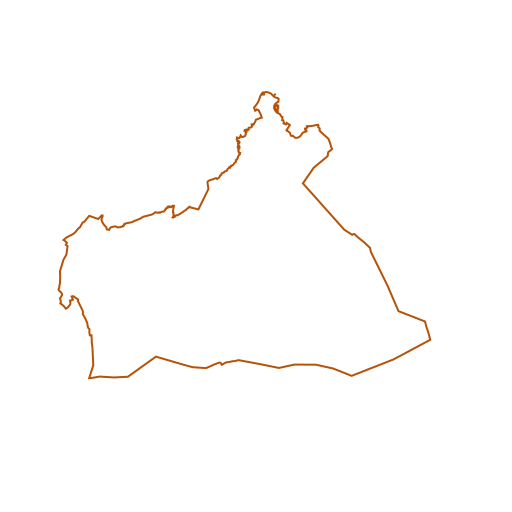 the district of Melhus nor, Sør-Trøndelag, Norway, rotated 15°
{"feature_id": "86288312B97150685823203", "entity_name": "Melhus nor", "entity_type": "district", "adm_level": 2, "iso_a3": "NOR", "parent_name": "Norway", "parent_adm1": "Sør-Trøndelag", "projection": "albers", "projection_center": [10.176, 63.18], "detail": "fine", "context": "isolated", "style": "outline", "palette": "amber", "viewbox_px": 512, "rotation_deg": 15, "n_neighbors": 0, "source": "geoboundaries", "source_scale": "gbopen_adm2", "svg_char_len": 5997}
<svg xmlns="http://www.w3.org/2000/svg" viewBox="0 0 512 512"><g transform="rotate(15 256 256)"><path d="M66.0,290.3L66.7,290.5L70.0,292.2L69.8,292.6L69.4,294.5L71.4,295.2L72.5,303.7L71.0,309.3L70.6,321.5L72.3,326.9L73.8,333.6L73.7,335.6L74.1,336.9L74.1,337.8L73.8,339.3L74.4,340.1L77.6,341.9L77.8,342.3L78.8,343.5L78.8,344.0L78.2,346.1L77.6,347.7L79.1,349.9L79.5,351.6L79.2,352.4L79.4,352.6L81.1,353.0L83.7,354.4L85.9,356.1L86.9,355.2L87.8,354.0L89.1,350.8L88.7,348.8L87.9,347.2L89.0,346.8L90.5,345.5L89.8,344.8L89.0,343.5L88.4,342.8L89.8,342.1L93.7,343.5L94.9,343.7L95.4,344.1L95.7,344.9L95.6,345.7L96.7,346.7L98.7,349.1L102.1,352.9L103.1,354.4L103.5,355.3L103.6,356.8L107.5,360.8L108.6,362.3L110.0,363.8L112.0,368.1L112.7,369.0L114.0,369.7L114.4,370.8L114.6,372.4L116.0,375.6L117.6,375.1L120.2,383.2L121.1,385.1L122.0,387.7L127.1,403.7L126.5,417.2L127.3,417.0L136.3,412.9L150.1,410.1L163.5,405.8L185.4,379.1L214.7,379.8L223.6,379.8L234.9,377.6L237.0,377.0L241.5,373.5L243.0,372.1L248.2,368.4L249.4,368.4L250.0,368.7L251.0,370.0L254.4,366.7L259.8,364.2L260.2,363.8L262.3,363.2L266.1,361.1L287.6,359.4L307.1,358.2L321.3,350.9L342.0,345.5L359.4,344.7L379.4,347.0L415.6,320.3L446.0,291.8L442.3,285.4L438.9,280.3L436.2,275.5L407.9,272.4L390.8,250.7L365.8,222.2L364.1,218.7L356.6,214.6L349.0,211.3L345.4,209.3L343.7,210.2L343.4,210.6L334.5,207.8L282.5,173.7L288.9,155.8L299.3,141.1L298.9,136.9L300.3,135.2L301.8,132.9L300.1,130.9L299.9,130.4L298.5,128.0L295.6,124.0L288.2,120.3L285.0,118.5L284.9,117.7L284.6,117.1L284.5,116.3L284.1,116.0L282.9,115.6L282.6,115.3L282.5,113.6L281.8,113.2L276.2,116.0L273.2,117.1L272.2,117.1L271.6,117.4L272.2,118.6L271.7,119.3L270.4,120.2L270.4,120.4L270.6,120.7L270.6,121.0L271.3,121.2L271.2,121.3L271.7,121.6L271.7,121.9L272.5,122.4L272.2,122.9L271.1,123.3L269.2,124.9L267.8,128.7L265.9,130.9L263.4,131.7L260.4,130.3L259.7,130.7L258.6,130.8L256.7,128.1L252.9,126.7L254.8,120.7L251.1,119.5L250.9,121.1L248.3,120.8L248.4,119.9L247.2,117.9L246.1,118.0L246.1,117.1L245.6,114.9L244.6,114.8L242.1,112.6L239.4,112.2L238.6,111.8L237.3,110.9L235.5,109.0L235.1,108.2L234.9,107.2L234.9,106.9L234.7,106.1L235.1,104.4L235.9,102.9L237.7,101.2L237.1,98.2L235.7,97.8L234.1,97.9L232.2,97.5L231.0,96.8L228.9,95.5L227.3,95.0L224.6,94.8L223.0,95.1L221.8,95.9L221.6,96.3L221.6,96.5L221.4,97.0L221.4,97.5L221.5,97.7L221.9,97.6L222.0,97.8L221.9,98.0L221.5,97.9L221.3,97.6L221.3,96.6L221.1,96.3L220.5,96.3L219.9,96.7L219.8,97.0L220.2,96.8L220.2,97.1L220.1,97.3L220.2,97.5L220.5,97.0L220.8,98.1L220.7,98.3L220.2,98.4L220.5,97.9L220.5,97.6L220.1,97.5L220.0,98.3L219.0,99.6L218.8,100.4L218.5,104.6L218.3,106.3L217.7,108.4L216.2,112.1L215.7,112.8L215.7,113.2L217.6,115.9L218.3,115.2L218.6,114.7L218.7,114.3L220.7,114.4L223.7,117.8L225.8,120.9L224.1,121.7L223.6,122.3L220.6,124.4L220.5,126.4L220.2,127.1L220.2,127.6L219.6,129.7L218.9,129.5L217.7,130.0L218.7,132.0L218.1,132.5L217.9,133.2L215.7,134.0L215.6,135.1L215.4,135.8L216.0,135.9L215.4,136.9L214.1,136.4L213.4,136.6L212.6,137.1L212.5,137.4L212.5,138.0L213.3,137.9L214.4,138.8L214.2,139.1L214.5,139.3L214.1,139.7L214.1,139.9L214.7,141.2L214.3,143.1L212.6,144.4L211.7,144.7L210.0,143.5L209.7,145.7L209.4,146.4L207.0,146.5L207.3,147.2L207.8,147.7L207.8,147.9L207.3,148.4L208.2,149.2L208.3,149.4L208.2,149.8L208.9,149.9L209.6,149.5L210.3,149.7L210.4,150.0L209.7,150.3L209.6,150.8L210.6,150.9L210.7,151.0L210.6,151.4L210.3,151.9L209.6,152.3L210.2,153.3L210.8,153.7L210.1,154.0L210.0,154.3L210.1,154.5L210.7,154.5L210.9,154.3L211.4,154.7L211.0,155.2L210.3,155.4L210.2,155.7L210.5,155.9L211.4,156.1L210.9,156.5L211.1,156.8L211.8,156.6L211.4,157.5L211.4,157.9L211.9,158.4L211.9,158.8L212.0,159.0L211.8,159.3L212.6,160.5L213.9,160.5L213.6,161.7L214.1,162.0L213.7,162.7L213.1,163.8L212.9,165.1L213.1,165.8L212.7,166.5L212.6,167.8L211.7,168.6L212.3,170.2L212.2,170.4L211.6,170.9L211.3,171.4L210.9,172.4L210.8,172.9L210.3,174.0L209.8,174.3L209.5,174.8L208.8,175.1L208.8,175.3L208.5,175.5L208.7,175.9L208.3,176.6L207.7,176.8L207.8,177.5L207.2,177.4L207.1,177.9L206.8,178.2L206.1,179.3L206.1,179.6L205.9,180.0L206.0,180.5L205.8,181.0L205.0,181.9L204.1,182.3L203.5,183.0L203.5,183.4L203.2,183.8L202.9,183.9L202.3,184.6L201.6,184.9L201.5,185.2L201.6,185.6L201.3,186.3L201.4,186.7L200.5,187.5L200.6,188.3L200.3,189.0L199.8,190.1L198.9,191.3L198.6,191.3L198.4,191.6L197.7,191.1L197.1,191.2L190.8,195.5L190.2,196.4L190.1,197.6L192.7,203.6L188.3,225.9L180.9,226.0L179.7,226.2L179.2,225.6L178.1,226.6L177.8,227.6L176.9,228.5L176.6,229.3L176.0,230.1L175.5,230.5L172.7,233.9L169.6,237.1L168.8,237.1L168.4,237.5L168.0,237.6L167.5,238.4L167.4,239.2L166.0,240.3L165.5,240.3L165.8,239.4L165.9,237.7L165.5,237.4L165.5,236.9L165.1,236.3L165.1,235.4L164.5,235.1L164.1,233.8L164.2,233.0L163.9,231.7L163.8,228.8L162.4,229.0L162.1,229.6L162.2,229.8L161.4,230.8L161.0,230.9L160.6,230.5L159.9,231.0L159.6,230.6L159.0,230.6L158.6,231.1L158.4,231.8L157.9,231.5L157.3,233.0L157.0,233.2L157.2,233.3L156.7,234.1L156.3,234.5L156.3,235.1L156.2,235.5L155.6,236.8L154.0,237.4L152.4,238.6L150.9,239.1L151.1,239.3L149.2,239.8L147.3,239.8L146.2,241.5L144.4,243.1L136.8,247.3L134.6,249.8L129.1,253.9L127.1,255.6L122.1,258.0L120.8,259.5L120.7,259.9L120.5,259.7L120.4,260.6L120.3,261.0L119.8,261.0L119.6,261.3L119.6,262.0L119.0,262.4L118.1,262.6L117.6,263.2L114.9,264.2L113.3,263.8L112.2,263.9L109.0,265.4L108.1,266.3L107.7,267.2L107.4,268.8L105.1,268.9L103.8,266.9L101.2,265.3L98.7,263.0L97.6,261.4L97.3,260.7L97.4,259.8L97.2,258.9L97.6,257.7L97.5,256.9L97.3,256.5L96.8,256.5L96.2,257.2L94.0,261.1L84.5,260.4L81.1,267.7L79.9,268.5L78.5,273.8L77.3,275.3L74.9,280.5L73.1,282.7L68.3,286.9L66.0,290.3ZM238.6,105.1L238.1,105.3L237.4,104.8L236.9,105.8L236.7,105.9L236.6,105.7L236.3,106.0L236.6,105.4L236.5,105.1L236.4,104.7L236.3,105.2L235.8,106.1L235.8,107.3L236.0,108.1L236.9,109.1L237.4,109.4L237.2,109.3L237.4,109.4L237.5,109.3L239.4,110.0L238.2,106.0L238.9,106.3L238.6,105.1ZM231.8,94.8L232.5,95.4L233.2,95.5L232.2,94.9L231.8,94.8Z" fill="none" stroke="#b45309" stroke-width="2"/></g></svg>